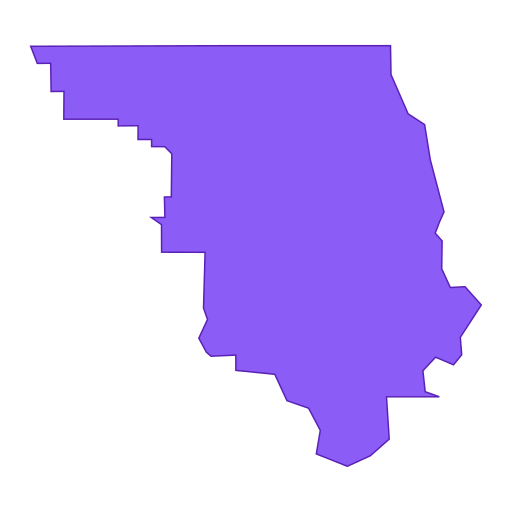 the district of Ouray, Colorado, United States of America
{"feature_id": "52423323B10602944560492", "entity_name": "Ouray", "entity_type": "district", "adm_level": 2, "iso_a3": "USA", "parent_name": "United States of America", "parent_adm1": "Colorado", "projection": "equal_earth", "projection_center": [-107.791, 38.112], "detail": "fine", "context": "isolated", "style": "filled", "palette": "violet", "viewbox_px": 512, "rotation_deg": 0, "n_neighbors": 0, "source": "geoboundaries", "source_scale": "gbopen_adm2", "svg_char_len": 826}
<svg xmlns="http://www.w3.org/2000/svg" viewBox="0 0 512 512"><path d="M316.3,453.9L347.3,466.3L370.4,455.7L389.2,439.1L386.5,396.8L439.3,396.8L425.2,391.7L422.9,370.7L435.6,357.2L453.5,364.8L461.7,354.8L460.3,337.3L481.3,305.0L465.0,286.7L450.3,287.5L441.7,268.7L442.1,240.9L435.2,233.2L439.3,222.4L444.0,211.9L430.3,159.8L424.6,124.6L408.1,113.8L391.0,74.6L390.5,45.7L223.3,45.7L30.7,46.3L37.3,63.4L50.7,63.3L51.1,91.5L64.0,91.4L63.8,119.2L118.2,119.2L118.2,125.9L138.1,125.7L138.0,139.5L151.6,139.5L151.6,146.6L164.8,146.7L171.8,153.8L171.3,196.9L164.4,197.0L164.9,217.4L151.3,217.5L161.5,224.6L161.6,252.2L205.1,252.3L203.5,308.0L207.5,319.4L198.8,338.2L206.4,352.2L211.0,356.2L235.8,355.1L235.9,370.4L274.8,374.3L287.0,400.7L308.6,408.2L320.3,430.4L316.3,453.9Z" fill="#8b5cf6" stroke="#5b21b6" stroke-width="1.5"/></svg>